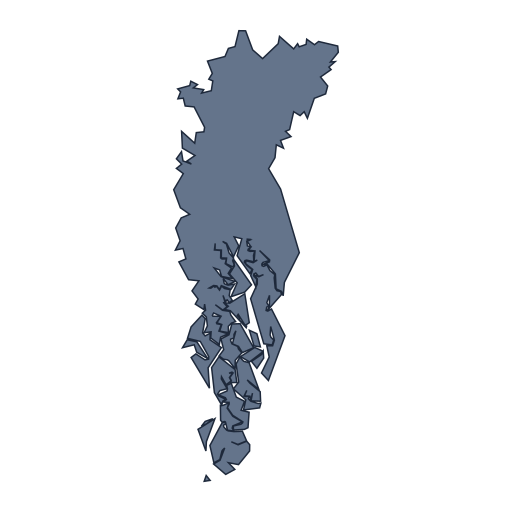 outline of Khulna, Khulna, Bangladesh
{"feature_id": "16705992B21968895988188", "entity_name": "Khulna", "entity_type": "district", "adm_level": 2, "iso_a3": "BGD", "parent_name": "Bangladesh", "parent_adm1": "Khulna", "projection": "mercator", "projection_center": [89.444, 22.353], "detail": "fine", "context": "isolated", "style": "filled", "palette": "slate", "viewbox_px": 512, "rotation_deg": 0, "n_neighbors": 0, "source": "geoboundaries", "source_scale": "gbopen_adm2", "svg_char_len": 6106}
<svg xmlns="http://www.w3.org/2000/svg" viewBox="0 0 512 512"><path d="M337.7,46.0L318.6,41.5L314.5,44.7L306.7,39.2L306.1,44.4L299.2,46.8L297.6,43.7L293.7,48.9L279.5,36.4L278.2,43.7L262.6,58.6L252.7,49.9L245.6,30.8L238.9,30.7L235.0,46.6L228.4,48.4L225.0,56.5L207.5,61.1L212.3,73.4L208.8,79.2L212.8,80.9L211.3,90.7L201.6,93.1L203.7,89.6L193.3,87.9L197.5,84.6L190.8,81.2L189.7,85.6L177.7,88.9L180.6,91.9L177.9,98.8L183.3,98.2L185.2,106.0L194.1,106.9L204.6,127.3L203.9,131.8L196.3,132.6L194.7,143.2L181.6,131.4L182.4,148.1L195.0,155.5L186.9,161.1L191.4,164.1L183.0,160.9L181.5,151.7L176.4,158.8L181.7,164.1L176.4,168.4L183.3,173.6L173.7,189.7L180.4,207.8L189.7,214.3L181.2,217.9L175.7,228.0L180.1,240.8L175.4,250.1L183.0,248.5L185.9,258.9L178.9,261.9L188.6,279.7L198.9,280.8L192.0,290.9L198.1,299.0L195.3,304.1L203.9,309.6L204.6,304.1L205.6,310.2L202.3,313.2L206.3,316.9L207.4,325.9L204.1,332.8L211.1,331.8L210.7,337.9L219.3,344.4L220.6,337.2L228.0,333.8L218.9,331.1L221.3,324.6L216.9,323.8L216.4,322.8L220.8,316.4L212.9,316.2L212.4,315.3L213.6,313.0L221.1,316.2L216.9,322.8L221.8,324.5L219.7,331.1L228.4,332.6L228.3,326.3L231.4,323.1L235.6,321.6L230.9,315.2L229.7,311.4L222.5,310.3L215.3,304.7L222.8,310.1L227.1,306.7L223.8,302.8L227.2,300.4L225.5,301.4L224.7,301.0L223.0,295.4L225.2,300.9L227.2,299.9L229.5,302.9L230.6,301.4L232.4,300.6L229.2,295.6L230.2,289.7L224.5,288.5L221.6,286.1L219.5,290.1L216.5,286.2L214.9,287.2L214.0,286.0L210.8,288.2L209.2,288.0L213.6,285.5L216.9,285.9L219.4,289.6L221.3,285.6L230.9,289.4L234.6,284.0L228.1,285.2L224.7,283.9L224.1,283.1L223.2,278.5L228.1,284.7L235.0,281.5L221.0,276.6L214.2,268.0L219.6,269.9L221.5,276.4L232.5,278.6L228.2,273.4L231.5,268.1L225.2,263.7L226.4,258.9L222.1,259.0L220.6,257.9L220.8,250.5L214.4,250.0L215.2,243.4L215.1,249.7L221.4,250.1L221.3,257.9L226.6,258.1L225.9,263.6L233.0,267.0L234.1,264.5L232.7,260.8L233.6,258.1L229.1,253.0L226.2,243.4L225.3,243.4L222.6,241.4L226.6,243.3L233.5,256.7L238.7,245.8L234.2,236.9L241.8,238.7L237.1,255.7L249.8,273.6L252.1,269.6L246.7,265.3L244.3,262.1L244.9,260.6L246.6,260.1L253.8,261.8L253.5,255.4L254.7,251.1L250.1,251.4L248.1,250.6L248.1,249.3L250.8,246.9L247.4,245.9L246.7,241.1L250.1,239.8L246.5,239.1L251.2,239.5L247.1,241.2L251.1,246.9L248.4,250.2L255.0,250.9L254.1,261.2L257.3,260.1L253.1,262.7L245.9,260.7L245.6,263.7L252.7,269.4L250.7,275.6L255.9,287.0L256.9,279.4L253.6,275.8L253.9,273.9L255.8,273.0L258.6,276.4L263.5,274.6L258.8,276.8L254.0,274.5L257.3,278.9L257.3,284.1L250.6,298.7L263.8,343.8L272.2,344.9L273.7,340.0L270.9,337.2L270.1,334.9L270.7,326.5L274.4,340.2L272.6,345.8L266.8,345.8L269.2,357.0L261.5,373.0L268.4,380.5L285.0,335.7L271.5,309.0L267.8,311.1L266.1,310.5L266.7,307.1L268.8,306.3L266.8,302.6L269.5,295.3L269.4,306.5L267.1,310.8L281.5,294.5L280.7,291.6L276.9,290.7L275.2,288.2L274.2,277.9L274.8,274.6L269.9,270.6L266.9,264.8L263.7,266.4L262.0,265.7L261.8,264.0L263.0,262.4L269.3,260.6L259.5,250.5L269.6,259.8L269.4,261.9L262.2,264.6L267.3,264.3L275.4,273.9L276.1,288.8L281.5,291.4L283.2,295.8L284.4,282.4L299.3,252.7L280.6,189.1L268.6,168.7L275.0,157.7L276.3,144.8L283.5,148.2L280.5,140.4L291.0,136.6L285.5,131.3L289.6,129.6L293.7,111.7L300.1,115.6L304.2,111.7L307.4,118.3L314.3,98.3L325.6,93.9L327.7,86.0L320.5,77.0L331.1,69.6L328.9,67.1L335.2,61.6L330.4,62.0L338.3,52.3L337.7,46.0ZM222.1,422.8L209.9,445.5L213.9,462.8L219.8,459.6L221.9,451.1L222.7,449.9L224.7,448.0L220.0,460.3L213.6,464.0L225.7,474.4L234.8,469.4L228.4,462.7L238.5,464.6L249.6,451.0L249.7,444.7L246.7,441.2L238.1,444.8L231.3,441.8L237.9,444.4L246.6,440.9L242.4,431.3L233.9,431.6L228.3,430.9L226.7,430.2L223.7,426.8L223.5,425.2L225.6,423.9L225.1,421.9L222.1,422.8ZM205.1,335.9L202.6,332.9L205.2,318.6L201.9,315.2L191.1,326.9L187.5,338.3L200.3,341.4L208.7,356.5L208.6,359.2L205.0,359.9L195.9,353.9L191.1,357.5L209.5,388.2L208.1,367.8L221.4,347.6L210.0,339.8L210.2,333.2L205.1,335.9ZM258.9,389.5L249.1,362.7L243.7,361.3L239.8,357.2L236.1,363.9L238.7,382.1L233.4,388.9L245.8,399.8L243.5,410.0L259.6,407.9L260.9,403.1L258.1,403.5L250.9,401.3L248.3,398.8L249.5,396.4L245.3,396.5L244.1,396.0L246.8,390.4L244.5,395.9L249.9,396.2L250.7,400.2L252.5,393.1L251.0,400.9L260.6,401.2L260.2,391.7L249.8,383.1L247.2,379.9L258.9,389.5ZM240.1,323.7L231.8,324.0L229.0,334.8L221.0,339.0L223.7,349.7L219.1,355.9L223.5,359.2L227.4,359.8L229.2,361.1L235.1,368.7L235.2,360.3L241.8,352.9L238.5,349.1L237.7,346.4L232.0,343.9L230.6,340.6L230.6,339.2L233.9,338.0L234.0,334.4L235.9,330.8L232.4,343.8L238.5,346.4L242.4,352.6L253.6,347.7L240.1,323.7ZM235.1,369.6L218.9,356.8L211.6,367.6L214.4,392.6L221.7,405.1L222.8,401.1L225.7,399.3L218.6,395.9L217.7,393.8L219.9,390.6L227.1,388.7L221.3,378.9L221.5,376.7L226.1,384.7L231.2,380.9L229.4,377.6L232.6,372.9L229.0,373.2L232.0,372.1L232.9,373.3L229.8,377.5L231.4,380.7L230.2,382.6L236.8,382.5L235.1,369.6ZM231.3,383.4L226.7,385.3L227.5,388.9L227.0,391.0L218.3,394.8L225.4,397.7L226.4,399.6L222.9,402.0L229.1,402.4L229.2,404.0L227.4,407.6L232.7,415.3L242.8,421.8L242.5,423.0L240.9,424.3L233.3,426.0L233.5,430.0L244.4,429.4L248.0,427.7L249.1,412.2L241.1,410.3L244.5,401.3L236.3,397.1L231.3,383.4ZM249.3,322.7L244.8,293.8L229.8,303.2L224.6,302.8L228.3,306.3L224.5,309.4L230.4,310.7L246.2,327.7L246.6,326.2L244.7,325.6L241.0,321.6L239.5,319.8L239.9,318.4L237.3,315.6L238.2,314.3L245.2,325.4L249.3,322.7ZM244.7,292.1L251.5,284.8L233.6,259.3L234.5,266.0L229.5,273.9L237.2,282.8L231.1,296.7L244.7,292.1ZM227.2,408.2L228.8,402.8L223.0,405.4L220.4,405.3L220.6,420.3L222.1,422.2L224.7,421.5L225.5,422.1L227.5,430.2L233.8,431.0L232.2,428.1L232.8,425.9L242.4,421.9L232.8,416.3L227.2,408.2ZM205.9,451.0L206.4,441.6L214.9,418.7L198.0,429.3L205.9,451.0ZM249.6,361.9L262.1,352.3L262.4,350.9L254.8,347.5L240.5,356.6L249.6,361.9ZM196.8,341.8L187.2,339.8L182.5,347.7L194.2,344.8L196.7,352.2L207.8,358.7L196.8,341.8ZM260.4,346.9L256.9,333.7L249.4,330.3L254.0,345.9L260.4,346.9ZM256.9,368.3L263.7,358.1L263.2,351.2L261.6,354.5L251.5,361.4L256.9,368.3ZM204.2,481.3L210.1,480.4L206.2,475.5L204.2,481.3ZM201.4,426.3L206.8,423.7L212.8,418.7L205.2,421.4L201.4,426.3Z" fill="#64748b" stroke="#1e293b" stroke-width="1.5"/></svg>